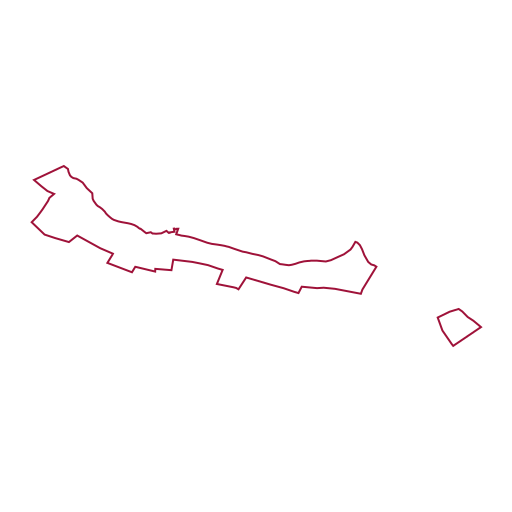 Pangai, Tonga, rotated 89°
{"feature_id": "48082658B13739269194746", "entity_name": "Pangai", "entity_type": "district", "adm_level": 2, "iso_a3": "TON", "parent_name": "Tonga", "parent_adm1": "", "projection": "equal_earth", "projection_center": [-174.349, -19.79], "detail": "fine", "context": "isolated", "style": "outline", "palette": "rose", "viewbox_px": 512, "rotation_deg": 89, "n_neighbors": 0, "source": "geoboundaries", "source_scale": "gbopen_adm2", "svg_char_len": 2087}
<svg xmlns="http://www.w3.org/2000/svg" viewBox="0 0 512 512"><g transform="rotate(89 256 256)"><path d="M232.4,434.4L245.5,411.6L251.2,399.0L252.5,399.7L255.1,401.4L260.3,404.7L270.1,380.3L264.7,376.9L265.2,374.8L269.8,357.1L267.1,356.9L268.7,340.8L258.2,338.8L260.8,319.8L262.4,312.4L264.3,304.1L267.9,294.2L269.3,289.6L283.3,295.6L286.9,279.0L287.6,276.4L289.0,274.1L277.3,266.2L284.9,241.9L288.7,228.9L292.5,218.4L293.8,214.2L287.5,210.8L289.2,195.5L288.9,188.9L290.2,177.6L295.6,151.8L291.4,150.2L268.8,135.8L267.4,137.9L266.5,140.9L263.9,143.9L257.2,147.6L251.0,149.9L247.0,151.9L244.4,154.4L243.6,156.4L248.6,159.4L251.2,161.4L255.8,168.0L258.1,173.4L261.5,181.2L262.7,186.3L261.7,195.5L261.6,200.9L261.8,202.3L261.9,204.8L262.2,208.1L263.2,212.8L264.5,216.7L265.4,220.4L265.8,223.3L265.3,226.8L264.8,229.8L264.5,232.2L261.5,236.7L259.8,241.0L256.5,249.0L255.1,253.6L253.8,259.6L252.1,265.7L251.4,269.3L248.5,277.5L246.4,283.1L245.9,285.2L245.3,287.2L244.6,290.7L244.0,294.1L243.1,300.0L241.9,304.5L239.2,311.7L237.0,317.8L235.5,323.0L234.7,327.3L234.3,330.2L233.8,331.9L233.5,333.1L232.9,335.4L227.4,333.3L227.4,334.7L227.8,334.7L227.9,336.3L227.1,337.1L227.2,337.7L230.3,337.1L230.9,341.8L231.3,341.9L231.4,342.8L229.3,345.1L231.7,350.3L232.0,355.5L231.8,357.5L231.7,359.1L230.4,360.8L231.3,365.3L230.0,367.0L228.5,368.8L226.7,371.0L226.8,371.4L226.0,372.7L224.8,374.0L223.0,377.0L221.8,380.3L221.0,383.5L219.8,389.7L219.0,393.0L217.4,397.5L216.3,399.4L214.7,401.3L212.7,403.5L210.9,405.2L209.0,406.4L206.3,409.0L204.5,411.3L203.3,413.3L201.9,414.7L198.0,417.4L195.9,418.3L190.4,418.6L187.9,421.2L185.2,424.0L179.6,428.0L176.7,432.2L175.6,434.2L174.9,437.3L173.7,439.2L172.1,440.6L168.5,442.0L165.7,442.5L162.7,446.6L164.4,450.5L176.1,476.6L182.5,469.4L187.4,463.4L190.4,456.8L194.2,461.5L197.4,463.0L205.6,468.6L208.8,471.0L213.0,474.3L218.3,479.7L230.9,467.0L234.6,456.4L238.8,442.8L232.4,434.4ZM331.0,32.3L324.5,39.8L320.7,45.4L315.0,50.8L312.5,54.3L315.1,63.4L320.7,75.4L333.8,70.9L347.5,61.8L349.3,60.4L331.0,32.3Z" fill="none" stroke="#9f1239" stroke-width="2"/></g></svg>